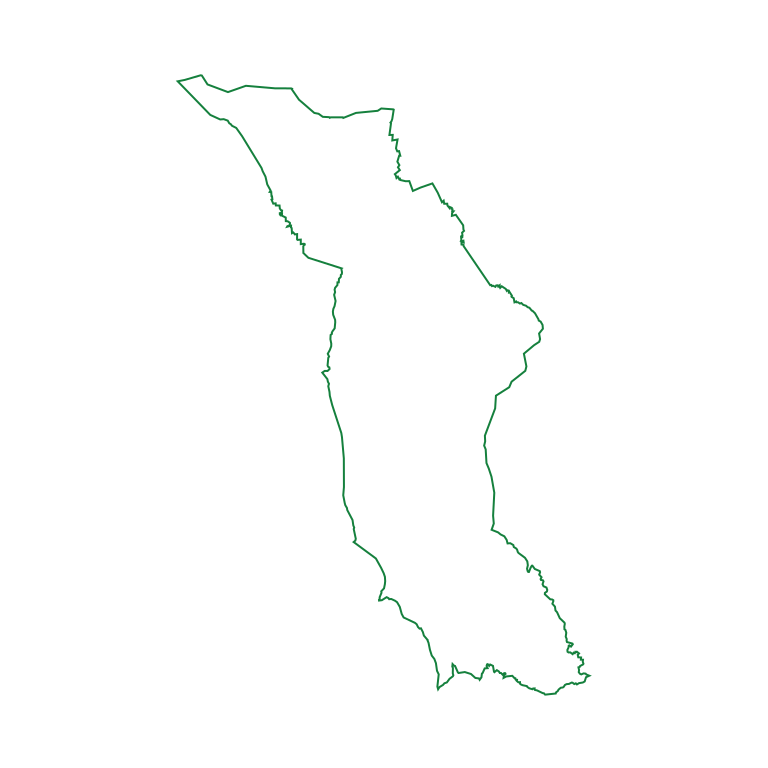 Queréndaro, Michoacán, Mexico (Equal Earth projection), rotated 355°
{"feature_id": "50627088B26818306159924", "entity_name": "Queréndaro", "entity_type": "district", "adm_level": 2, "iso_a3": "MEX", "parent_name": "Mexico", "parent_adm1": "Michoacán", "projection": "equal_earth", "projection_center": [-100.842, 19.727], "detail": "fine", "context": "isolated", "style": "outline", "palette": "green", "viewbox_px": 768, "rotation_deg": 355, "n_neighbors": 0, "source": "geoboundaries", "source_scale": "gbopen_adm2", "svg_char_len": 6154}
<svg xmlns="http://www.w3.org/2000/svg" viewBox="0 0 768 768"><g transform="rotate(355 384 384)"><path d="M411.3,692.8L412.8,690.8L416.6,688.9L418.1,687.4L420.6,686.8L423.6,683.4L427.1,681.2L427.7,680.2L427.3,678.2L427.9,672.9L427.4,671.4L427.9,669.0L429.3,670.8L430.2,671.1L432.5,677.8L433.1,678.4L439.4,678.0L445.4,680.5L449.4,684.8L453.0,685.6L453.5,687.0L455.5,684.7L456.3,681.0L457.1,680.5L459.5,676.1L462.4,676.1L461.6,673.9L462.2,672.3L462.9,672.1L464.2,674.0L465.3,672.7L468.0,674.3L468.5,680.2L468.9,680.7L471.5,678.9L473.4,680.4L474.2,682.0L475.4,682.1L476.8,683.9L478.6,682.5L479.6,682.7L479.8,683.4L478.1,684.7L477.5,687.2L480.3,686.0L486.4,685.9L488.5,688.6L489.2,688.6L489.5,690.1L490.7,690.3L490.4,691.4L491.9,692.9L493.5,692.9L493.4,694.4L494.0,695.1L495.7,696.1L500.0,697.4L500.4,698.3L502.2,699.8L505.2,701.0L506.0,700.3L507.5,700.4L507.3,701.2L507.6,701.9L509.8,702.6L515.2,705.8L516.3,706.0L517.3,707.4L517.9,707.5L528.1,707.3L528.5,706.2L530.4,705.0L531.2,703.7L533.6,702.0L535.7,701.9L536.6,701.4L538.0,699.6L539.7,698.9L542.1,698.9L544.9,697.8L545.8,698.0L547.4,699.5L549.0,698.9L550.0,700.1L552.2,699.0L556.1,698.7L558.0,697.8L559.7,693.7L563.1,692.5L560.2,691.0L559.6,690.1L557.5,689.7L555.2,690.5L553.9,689.7L552.9,688.0L553.4,685.9L553.0,683.2L554.3,682.9L554.8,682.0L557.9,680.7L558.3,680.1L557.8,678.0L558.2,676.0L556.1,675.8L556.5,673.6L553.7,673.2L553.4,670.6L554.8,669.4L552.8,667.5L551.7,668.1L551.2,667.6L550.5,668.8L549.5,668.2L548.4,669.6L546.2,667.6L544.4,667.5L543.5,666.7L543.5,664.9L544.9,662.5L545.2,660.8L545.9,660.5L547.4,661.9L549.4,659.7L549.1,659.0L543.8,657.0L543.5,655.7L543.8,654.0L543.0,651.6L543.9,647.7L543.3,644.8L542.4,644.1L542.5,641.3L543.2,638.7L543.0,637.5L538.7,632.6L536.5,626.4L535.1,624.6L534.9,620.7L532.6,617.6L533.8,615.0L533.8,614.1L532.7,613.3L530.9,613.0L525.9,607.5L526.1,606.1L528.2,604.9L528.7,603.4L528.1,600.9L525.3,599.4L524.5,597.3L525.7,594.5L525.2,593.4L523.3,592.9L523.0,592.0L524.1,590.2L522.0,587.5L523.1,585.1L522.9,584.0L518.1,581.4L516.0,577.9L515.4,577.9L514.1,579.7L512.0,583.9L511.3,583.8L510.8,582.9L510.4,580.5L511.5,577.1L511.3,573.2L509.3,569.4L503.3,564.1L502.6,562.9L502.2,560.8L501.5,559.5L499.1,557.7L498.8,555.7L495.9,553.6L493.2,553.6L492.6,550.0L490.6,546.2L487.0,544.0L484.8,541.8L478.5,538.6L481.2,532.6L481.2,524.7L484.4,501.9L483.0,485.8L481.0,477.3L479.2,471.7L479.6,458.0L478.4,454.1L479.8,449.9L480.0,444.3L492.6,418.0L494.5,405.4L508.5,398.1L511.3,392.8L525.9,383.2L527.4,378.9L526.0,366.0L536.9,358.4L542.3,355.5L543.4,352.9L542.9,347.2L547.1,342.8L547.1,339.0L545.5,335.5L543.7,334.3L543.5,333.0L540.6,326.7L538.3,324.0L537.6,323.8L535.5,320.7L533.8,320.0L532.3,318.4L529.6,317.3L527.9,315.3L526.4,315.7L524.7,314.3L523.0,314.1L522.8,313.3L521.1,314.0L520.7,309.8L518.7,308.3L518.6,307.9L519.1,307.1L517.1,303.3L516.4,303.6L516.5,301.9L515.3,301.4L514.5,302.0L513.6,299.9L509.8,296.9L508.1,298.4L507.7,297.3L507.8,295.8L506.3,296.9L505.9,295.6L504.4,295.6L503.4,296.9L501.2,295.6L500.1,295.9L499.5,294.7L498.4,294.8L475.4,253.7L475.3,252.2L473.4,251.8L473.5,249.1L475.7,249.9L475.6,248.2L474.2,248.6L473.1,248.2L473.6,247.4L473.6,244.4L474.8,244.5L474.9,243.9L474.3,243.3L475.1,242.9L475.0,240.0L477.1,238.4L476.6,237.1L476.7,232.8L470.3,221.7L466.3,222.4L466.7,219.7L468.3,218.0L467.0,217.8L467.5,215.9L466.5,215.3L466.8,214.4L464.8,213.3L464.5,214.3L462.8,211.8L462.7,209.9L459.7,209.7L459.4,206.6L457.6,208.0L454.2,198.1L449.7,188.4L437.5,191.5L429.6,194.2L426.9,184.1L423.3,183.9L418.3,182.3L417.8,181.0L417.1,181.5L415.9,178.7L414.4,179.9L413.9,177.3L413.1,175.9L418.4,172.3L416.8,169.3L418.4,167.3L416.7,163.7L419.0,157.9L420.1,158.0L419.3,153.3L417.5,153.4L416.5,150.2L418.8,141.6L413.5,142.1L414.4,136.6L411.1,136.4L413.5,125.8L413.7,124.8L413.2,124.2L414.3,123.0L415.3,120.8L417.6,111.5L417.1,111.2L405.3,109.3L401.5,111.3L379.7,111.5L366.6,115.4L366.3,114.8L354.1,113.7L353.2,114.1L352.6,113.4L346.3,112.5L342.4,109.1L338.2,107.9L324.1,93.4L317.9,82.5L318.2,81.9L317.2,81.4L301.5,80.0L272.4,74.9L254.0,79.6L234.3,70.2L229.4,60.8L228.2,60.5L212.1,63.7L204.9,64.5L234.4,100.8L243.9,106.2L247.4,106.2L251.3,108.0L252.6,110.8L254.0,111.8L255.1,113.5L259.1,116.0L264.2,124.7L280.8,158.1L281.7,161.5L284.0,167.1L285.1,175.0L287.9,181.4L286.9,182.7L288.4,183.0L288.3,187.2L288.8,187.3L288.9,190.3L288.0,190.5L289.4,194.7L291.8,194.6L291.8,196.7L295.5,197.1L295.5,200.1L296.4,201.7L297.6,202.3L297.2,204.0L296.3,204.3L296.0,204.9L295.1,204.8L295.0,205.8L295.6,206.9L296.4,206.5L296.7,204.8L297.3,205.1L297.0,207.4L300.6,209.6L300.4,213.2L302.2,213.5L304.3,215.2L304.3,216.3L303.2,218.3L301.6,218.3L301.2,218.9L305.2,218.2L305.0,219.9L305.6,220.6L305.5,225.7L306.8,225.1L308.1,226.9L307.4,227.2L310.5,227.1L310.0,232.3L310.4,232.9L313.7,232.9L313.3,237.4L316.5,237.3L317.2,237.7L317.2,238.3L316.3,238.7L315.6,239.8L315.1,246.5L319.7,251.7L351.8,265.1L351.5,265.3L351.9,269.0L351.6,270.7L350.5,271.6L350.3,273.5L348.3,275.3L347.8,278.8L346.5,278.7L346.2,281.4L343.7,283.9L343.0,285.8L343.3,288.2L342.1,290.8L343.0,297.1L341.5,302.2L340.1,304.7L339.4,307.4L339.4,310.6L340.9,315.8L340.8,318.3L339.7,324.3L337.3,327.0L336.5,328.3L336.5,329.5L335.1,330.5L334.5,334.7L335.0,339.2L334.7,341.8L333.0,345.4L330.6,349.0L331.7,351.9L330.8,353.0L329.4,360.6L329.8,361.9L331.0,362.7L331.1,364.3L328.9,366.1L326.1,365.8L323.5,367.3L328.0,374.2L328.3,376.8L329.2,379.0L328.3,381.3L329.0,387.1L329.0,391.0L330.6,400.6L337.2,429.1L337.5,433.4L337.5,454.6L335.1,483.2L333.7,491.3L334.5,499.2L334.9,501.4L336.3,504.3L336.4,506.3L340.8,516.8L341.1,522.2L341.8,524.5L341.2,525.8L342.4,535.7L341.8,537.5L340.0,538.8L360.7,557.1L365.1,566.9L367.2,572.5L368.1,576.2L368.0,580.5L367.4,583.6L366.2,587.6L363.2,590.3L363.3,591.8L361.1,596.0L360.9,597.9L360.2,598.5L360.2,599.3L363.0,599.2L368.0,596.6L369.9,597.8L370.4,598.8L372.5,598.8L376.0,600.8L378.0,602.5L380.3,607.4L381.6,614.6L383.2,618.3L394.1,624.7L395.6,626.2L396.7,629.1L398.1,630.8L399.5,630.6L401.1,634.5L401.8,638.1L405.2,642.9L405.0,643.2L405.8,645.7L406.6,652.8L407.9,658.7L410.2,662.3L411.4,666.7L411.8,674.3L413.2,678.0L410.8,690.1L411.3,692.8Z" fill="none" stroke="#15803d" stroke-width="2"/></g></svg>